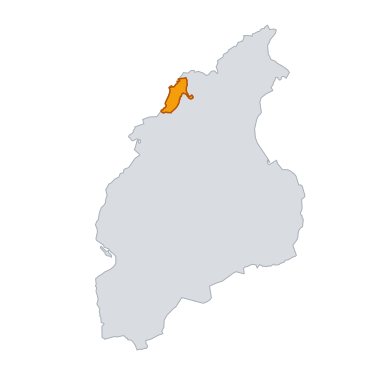 where Ilam sits in Iran, rotated 71°
{"feature_id": "IRN-3221", "entity_name": "Ilam", "entity_type": "Province", "adm_level": 1, "iso_a3": "IRN", "parent_name": "Iran", "parent_adm1": "", "projection": "equal_earth", "projection_center": [46.793, 33.074], "detail": "fine", "context": "in_parent", "style": "filled", "palette": "amber", "viewbox_px": 384, "rotation_deg": 71, "n_neighbors": 0, "source": "natural_earth", "source_scale": "10m", "svg_char_len": 5899}
<svg xmlns="http://www.w3.org/2000/svg" viewBox="0 0 384 384"><g transform="rotate(71 192 192)"><path d="M189.5,101.7L193.1,101.8L199.8,99.4L200.4,98.9L202.2,94.1L204.5,91.9L208.4,89.3L211.0,88.5L220.1,88.8L220.7,86.9L222.2,85.9L232.2,86.4L233.8,87.9L234.5,90.7L242.9,93.1L244.6,94.0L246.8,96.0L248.4,96.6L250.5,95.6L251.9,96.3L254.1,95.7L260.7,98.7L261.7,101.8L262.9,103.2L264.4,104.5L269.7,106.9L271.3,108.3L275.3,114.0L285.7,113.9L286.4,115.2L286.4,117.6L287.5,123.5L286.8,125.7L288.3,127.6L288.3,131.3L289.0,133.9L288.0,137.5L286.8,138.2L287.7,141.3L286.8,144.4L287.0,145.6L285.5,148.2L285.5,149.2L282.6,151.6L285.0,155.1L281.7,155.3L279.8,159.1L280.6,163.7L280.1,166.0L280.5,167.3L281.4,168.2L286.0,169.1L286.2,169.7L281.7,176.3L282.0,178.9L286.2,192.4L286.0,199.1L286.8,206.1L298.3,208.1L299.7,209.9L300.7,213.8L300.9,216.7L300.6,218.1L288.5,236.0L295.5,244.9L295.9,246.9L300.2,255.6L304.2,260.1L310.7,262.6L313.8,265.9L316.5,265.7L316.4,270.2L317.9,279.6L317.3,283.9L319.6,284.8L323.1,284.1L324.4,285.0L325.1,286.5L324.3,287.4L324.6,291.1L323.7,291.9L323.5,295.4L318.3,295.5L313.6,297.0L311.8,298.3L310.9,300.8L309.3,300.6L308.9,301.6L305.5,303.3L304.6,310.5L303.4,312.2L302.8,322.5L302.0,322.6L300.4,324.4L289.7,321.0L288.6,318.5L287.5,318.1L286.0,320.4L280.7,319.1L278.9,319.5L277.8,318.8L274.9,318.7L272.7,317.2L266.9,318.4L263.4,315.9L259.6,315.2L255.0,315.2L251.2,313.3L249.3,314.0L248.3,312.7L242.7,311.4L240.8,306.8L240.7,304.6L239.2,300.6L238.6,294.8L237.2,290.6L234.7,287.2L228.3,285.1L225.0,286.2L222.6,288.1L218.6,289.3L215.5,293.1L213.7,292.8L206.4,298.1L204.8,298.0L199.1,294.5L196.6,293.8L191.6,294.0L188.7,291.6L188.0,289.9L181.3,286.2L177.2,282.8L175.9,279.7L174.1,277.4L170.1,275.5L167.9,273.5L161.7,272.8L157.3,267.8L157.3,266.2L154.7,260.8L154.2,256.8L153.6,255.8L151.5,254.2L151.1,253.1L151.5,250.6L148.7,249.1L148.3,247.9L148.3,244.0L141.6,234.8L140.2,229.7L139.0,229.5L133.1,232.8L131.4,231.0L126.2,227.7L125.5,226.5L126.8,225.9L128.1,226.5L128.8,225.8L128.5,224.7L127.2,224.0L125.4,224.1L125.9,225.1L124.3,226.1L123.9,227.4L124.4,231.2L123.7,232.2L121.0,232.9L119.3,234.1L117.7,232.7L117.2,229.9L116.3,228.1L114.8,227.5L113.7,225.7L111.9,224.8L111.8,215.3L107.3,215.0L107.2,207.8L109.3,200.6L104.9,194.2L103.0,189.2L101.8,188.3L99.6,188.4L92.1,181.8L89.5,180.1L85.9,179.6L85.5,177.3L86.4,174.7L84.7,171.3L84.1,170.3L82.7,170.0L82.8,167.8L80.9,168.0L77.3,162.2L76.3,161.4L78.3,157.0L76.9,153.4L77.7,150.4L79.6,150.6L80.1,146.6L83.4,142.5L86.3,140.7L86.6,139.5L86.0,137.3L84.2,134.5L84.5,132.2L85.0,131.0L88.0,129.8L88.2,129.3L86.8,128.4L81.5,128.4L78.7,125.7L76.0,125.0L74.5,119.0L74.0,118.3L72.7,118.0L72.0,117.0L71.5,113.0L69.7,111.2L68.2,105.3L68.2,103.9L68.6,102.6L65.8,100.0L65.4,96.2L66.0,95.2L62.7,92.4L61.2,92.3L61.0,91.8L63.3,85.8L64.3,84.4L62.3,83.5L62.3,80.5L61.8,78.0L62.0,75.7L60.7,74.0L60.4,73.0L60.9,70.4L59.6,69.1L58.9,66.4L63.7,65.6L64.6,61.4L66.3,59.6L69.3,61.7L73.5,68.5L76.0,70.5L77.9,72.8L87.0,75.1L88.9,74.4L92.0,74.5L95.9,70.3L97.7,69.8L102.3,65.6L107.9,61.7L110.8,61.1L115.1,66.0L112.7,67.5L112.3,68.7L112.6,69.9L114.5,71.2L114.8,72.5L114.1,73.2L111.6,74.0L110.9,75.4L113.7,77.6L115.0,79.5L116.5,80.0L118.8,83.1L122.4,82.6L123.3,89.9L125.4,96.0L129.3,98.6L139.3,100.5L140.4,101.7L142.1,105.1L144.8,107.4L152.6,112.2L161.2,114.4L166.9,114.3L187.7,108.9L189.7,108.9L186.6,110.2L187.8,110.9L190.5,110.9L191.1,110.3L191.1,109.4L189.5,101.7ZM226.1,290.3L224.9,292.6L222.9,294.4L221.4,293.9L215.6,296.6L214.0,296.4L213.8,295.6L220.2,292.4L220.5,291.5L220.1,289.8L222.2,290.5L224.5,289.2L226.4,288.8L227.4,289.7L226.1,290.3Z" fill="#d9dde1" stroke="#a8b0b8" stroke-width="1"/><path d="M80.8,168.3L80.7,168.2L80.7,167.6L80.7,167.4L81.0,167.1L81.3,164.5L81.8,162.8L82.0,161.6L81.8,160.9L82.0,160.6L82.8,160.6L84.9,160.3L86.9,161.2L88.0,161.3L89.1,161.6L90.0,162.2L91.0,163.2L94.4,164.4L96.0,164.5L98.3,163.9L100.4,164.0L100.7,163.4L100.9,162.2L100.7,161.8L100.3,161.1L100.3,160.6L102.4,160.0L102.9,160.1L103.1,160.2L103.3,160.4L103.6,161.2L103.7,162.1L103.7,162.7L103.5,163.1L103.2,163.5L102.4,164.0L102.2,164.4L97.4,165.9L96.6,166.8L96.3,167.6L96.1,167.6L95.8,167.7L95.8,168.0L95.6,168.7L95.6,168.8L95.8,169.0L96.1,169.6L96.5,169.8L96.9,170.3L97.2,170.4L97.9,170.9L98.1,171.0L98.1,171.3L97.9,171.7L98.0,171.8L98.1,172.0L98.3,172.2L98.6,172.3L99.1,172.5L99.3,172.8L99.4,172.7L99.5,172.7L99.7,172.8L100.4,173.4L100.7,173.5L100.7,173.8L100.9,174.1L101.2,174.3L101.8,174.4L103.5,175.4L103.6,175.6L103.7,175.8L103.9,175.8L104.1,175.9L104.6,176.4L104.8,176.9L105.0,177.1L105.3,177.2L105.5,177.3L105.9,177.9L107.5,180.2L109.7,185.4L110.0,185.8L110.2,186.0L108.9,189.3L107.9,190.8L108.0,191.7L108.1,192.9L107.6,193.8L106.2,194.8L105.9,195.0L105.6,194.8L105.4,194.8L105.2,194.7L104.9,194.3L104.7,194.3L104.6,194.2L104.7,193.8L104.7,193.6L104.8,193.4L104.9,193.0L104.8,192.8L104.5,192.6L104.5,192.3L104.3,192.2L104.2,192.1L104.0,191.8L104.0,191.7L103.9,191.6L103.5,191.1L103.4,191.0L103.3,190.8L103.3,190.7L103.5,190.3L103.6,190.2L103.6,189.9L103.5,189.7L103.2,189.4L102.9,189.1L102.8,188.8L102.6,188.6L102.3,188.4L101.5,188.1L101.4,188.1L100.7,188.5L100.0,188.6L99.6,188.5L99.2,188.3L98.7,187.9L94.6,183.9L94.1,183.2L93.2,182.6L92.6,182.0L91.3,181.2L90.9,180.8L89.5,180.0L88.1,179.5L86.5,179.7L85.7,179.6L85.4,178.9L85.6,178.7L85.8,178.5L86.0,178.3L86.1,177.9L86.0,177.7L85.8,177.5L85.6,177.4L85.0,177.3L84.8,177.1L84.8,176.9L85.1,176.7L85.4,176.7L85.6,176.7L85.8,176.7L86.1,176.4L86.5,176.0L86.6,175.8L86.7,175.5L86.7,175.4L86.5,175.1L86.6,174.6L86.6,174.4L86.5,174.1L86.3,173.9L85.9,173.5L85.3,172.7L84.9,172.2L84.8,171.9L84.8,171.6L84.8,171.3L84.7,170.9L84.5,170.6L84.1,170.0L84.0,169.9L83.9,169.9L83.7,169.9L83.4,170.2L83.0,170.2L82.6,170.1L82.4,169.9L82.6,169.6L83.3,169.2L83.4,168.9L83.3,168.5L83.0,168.3L82.8,168.0L82.9,167.5L82.6,167.5L81.9,167.6L81.7,167.7L81.3,168.1L81.1,168.3L80.8,168.3Z" fill="#f59e0b" stroke="#b45309" stroke-width="1.5"/></g></svg>